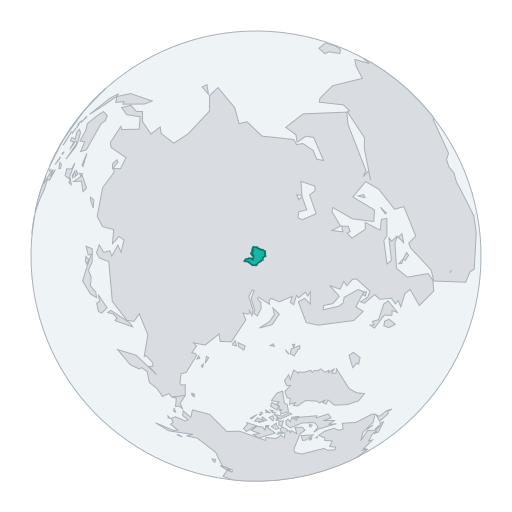 the Earth from above Tyumen', rotated 178°
{"feature_id": "RUS-2398", "entity_name": "Tyumen'", "entity_type": "Region", "adm_level": 1, "iso_a3": "RUS", "parent_name": "Russia", "parent_adm1": "", "projection": "orthographic", "projection_center": [69.281, 57.561], "detail": "fine", "context": "on_globe", "style": "filled", "palette": "teal", "viewbox_px": 512, "rotation_deg": 178, "n_neighbors": 0, "source": "natural_earth", "source_scale": "10m", "svg_char_len": 14538}
<svg xmlns="http://www.w3.org/2000/svg" viewBox="0 0 512 512"><g transform="rotate(178 256 256)"><circle cx="256" cy="256" r="225" fill="#eef3f6" stroke="#a8b0b8"/><path d="M276.0,31.6L277.6,31.8L287.9,33.2L296.6,37.0L292.3,42.9L287.5,40.8L287.0,42.8L292.9,45.8L296.9,47.3L303.2,61.2L321.0,76.0L331.8,78.7L325.4,79.9L349.2,84.3L362.2,92.8L344.4,84.5L340.1,84.7L347.3,90.9L344.5,92.6L346.4,96.6L342.4,98.2L332.3,93.6L329.6,94.7L334.9,99.1L334.2,103.7L326.8,97.0L324.9,104.5L307.7,99.2L291.3,81.6L278.5,81.5L253.2,71.4L252.3,74.3L242.2,72.9L237.4,75.9L234.1,73.5L233.2,78.0L237.1,79.6L238.0,82.2L235.6,84.3L230.9,81.5L231.4,80.0L228.8,80.3L227.5,78.1L226.8,80.3L221.4,77.0L223.0,83.4L215.6,83.2L213.1,80.2L218.2,76.6L224.9,61.7L223.9,58.2L217.3,56.5L194.7,61.3L191.5,59.3L183.7,59.5L183.2,62.2L189.1,63.1L186.2,68.5L193.8,69.3L193.7,71.8L199.6,74.6L193.5,78.5L184.3,81.0L179.1,79.0L175.0,80.1L175.6,85.8L161.9,86.2L145.7,93.9L142.7,93.7L144.5,86.1L155.3,76.1L157.7,67.7L150.8,77.7L143.4,77.8L140.0,79.9L137.3,82.8L138.0,84.6L134.4,85.8L139.8,75.9L143.2,74.7L141.4,77.7L146.4,73.2L150.1,67.2L146.1,68.1L155.8,59.2L153.1,59.9L153.7,58.6L157.4,58.0L150.9,59.0L161.7,51.6L158.0,53.2L165.8,49.6L167.3,48.9L176.0,45.4L179.8,44.0L195.3,39.1L211.1,35.2L227.2,32.6L243.4,31.1L259.7,30.8L276.0,31.6ZM299.2,47.8L293.3,45.7L289.0,42.6L294.2,44.1L299.2,47.8ZM306.9,54.8L303.4,54.1L304.3,51.3L306.0,52.6L306.9,54.8ZM340.1,80.5L335.9,77.6L340.9,79.9L340.1,80.5ZM347.4,96.9L349.5,97.3L349.6,99.3L347.4,96.9ZM202.6,72.3L201.1,73.4L200.8,72.3L202.6,72.3ZM206.5,72.6L207.2,70.5L209.1,70.3L208.7,71.6L206.5,72.6ZM343.6,103.6L343.1,106.9L341.8,102.7L343.6,103.6ZM205.2,75.2L212.5,70.3L216.0,70.1L217.1,74.9L205.2,75.2ZM341.6,108.3L340.6,116.6L345.1,118.0L331.6,119.1L337.0,111.4L334.8,106.0L338.5,108.8L341.6,108.3ZM239.4,79.3L235.1,77.6L241.0,77.2L239.4,79.3ZM243.0,78.4L259.7,74.0L264.9,77.8L258.2,78.3L266.8,81.9L261.0,85.8L255.1,84.8L252.9,81.5L252.4,85.5L243.0,78.4ZM324.4,118.5L322.6,120.0L322.5,117.6L324.4,118.5ZM238.9,83.2L241.8,81.9L246.5,85.0L241.5,88.2L241.6,86.2L238.9,83.2ZM271.8,81.0L274.4,84.1L270.5,88.0L271.0,89.8L261.4,86.3L271.8,81.0ZM239.2,86.5L238.8,89.9L234.4,90.3L236.3,84.8L239.2,86.5ZM249.8,84.5L251.8,86.1L249.0,86.2L249.8,84.5ZM218.4,94.3L221.8,92.3L224.5,93.7L218.4,94.3ZM238.9,91.1L240.5,90.9L241.9,91.3L240.7,93.6L238.9,91.1ZM259.3,89.4L257.1,90.5L263.0,91.0L260.3,94.2L254.4,91.4L255.8,93.9L255.0,94.9L251.1,91.5L259.3,89.4ZM243.9,97.2L235.5,95.0L228.5,98.1L225.9,96.9L237.5,92.2L243.9,97.2ZM248.5,94.1L245.0,95.7L243.5,93.3L244.9,90.7L248.5,94.1ZM260.6,97.5L266.3,93.3L267.4,94.1L260.6,97.5ZM242.2,98.5L244.3,99.0L241.9,99.0L242.2,98.5ZM255.3,98.3L257.1,96.6L258.4,97.6L255.3,98.3ZM246.9,101.5L244.2,100.8L245.0,98.9L246.9,101.5ZM251.0,100.4L252.2,102.1L247.0,98.7L251.6,99.5L251.0,100.4ZM256.1,99.4L257.4,99.4L255.2,100.0L256.1,99.4ZM245.2,109.1L238.4,105.3L240.3,101.2L246.7,105.4L245.2,109.1ZM77.9,393.9L73.7,388.2L74.1,386.1L71.2,379.0L60.0,352.0L62.2,345.9L60.1,338.4L55.2,332.0L53.1,322.8L50.5,317.9L36.9,288.6L35.1,271.1L38.4,235.2L42.6,232.8L47.4,222.5L79.2,224.8L81.4,235.8L101.3,258.8L102.9,263.6L95.6,270.3L106.5,300.2L115.9,297.9L130.8,318.3L143.8,326.5L157.2,311.6L135.9,297.8L137.1,286.4L158.2,289.7L177.5,301.8L178.6,297.8L170.5,283.0L179.2,278.8L168.2,277.2L169.5,283.0L162.7,282.3L161.1,277.1L164.2,275.7L159.5,270.4L145.8,278.9L145.7,285.7L131.0,277.5L129.4,288.2L123.9,289.0L124.5,271.4L127.7,267.3L125.4,243.4L120.8,246.9L122.6,269.9L120.1,265.9L113.9,271.4L116.7,264.1L116.0,238.7L105.5,229.6L84.7,232.4L80.1,225.8L79.6,214.7L94.5,200.8L103.1,217.3L108.5,213.2L113.1,200.1L115.3,206.4L118.3,203.3L122.1,209.0L133.8,208.4L138.7,213.3L149.3,205.0L153.2,206.6L145.8,210.9L143.3,216.9L156.2,229.4L160.4,229.4L166.3,223.1L169.1,227.6L173.1,219.9L183.4,223.9L174.2,212.9L180.8,205.8L190.3,204.1L190.8,199.9L175.3,202.8L170.7,205.9L169.3,211.6L155.1,218.9L149.4,216.5L158.0,201.8L150.8,196.9L160.6,188.1L196.4,184.7L208.2,187.8L215.2,208.6L208.9,212.0L203.4,206.0L203.0,218.4L205.7,214.1L208.0,218.0L214.9,212.7L216.9,215.3L220.1,206.0L223.3,208.6L221.2,214.4L234.2,209.4L242.5,213.2L244.5,210.8L244.2,207.3L254.9,214.8L255.9,212.8L252.8,209.5L252.7,203.5L256.8,195.9L260.2,198.9L259.2,202.0L262.3,213.4L259.2,221.6L261.0,222.2L264.6,215.7L260.8,201.8L262.2,196.4L265.0,202.6L264.1,199.9L265.9,198.2L270.9,199.4L268.4,192.5L283.6,171.1L294.8,171.8L295.6,179.4L309.9,168.8L321.5,171.3L318.6,168.1L323.5,161.5L319.9,160.6L318.9,158.6L329.8,142.1L335.1,140.9L336.5,131.1L335.1,129.6L331.2,129.8L331.6,119.1L345.1,118.0L347.8,121.5L354.4,118.9L359.6,127.2L366.9,133.2L368.8,144.4L374.4,148.5L376.4,147.0L385.5,151.8L397.6,167.3L379.2,161.0L359.4,140.8L366.8,149.4L362.5,149.5L363.6,153.9L369.0,160.1L371.2,159.5L366.8,181.1L374.7,202.3L380.3,194.9L387.3,196.3L401.2,215.8L403.3,255.6L412.5,259.4L415.3,264.8L412.3,272.7L408.1,265.0L402.0,266.3L400.1,260.9L393.7,271.7L390.7,264.5L387.3,276.7L392.3,280.3L399.0,273.2L397.3,287.3L408.3,290.7L413.3,301.1L406.9,329.6L395.0,344.5L395.0,348.2L388.4,348.1L382.4,358.8L397.0,369.5L397.6,374.4L386.5,390.3L385.8,387.1L368.3,386.8L367.0,399.2L380.4,401.8L385.0,409.1L375.6,411.0L370.6,404.7L364.4,404.3L364.7,394.2L356.8,381.6L347.2,388.3L346.6,381.9L334.3,371.6L319.7,380.3L297.5,402.4L296.7,418.1L288.1,425.6L272.1,405.0L268.3,388.8L260.4,390.5L245.7,375.6L214.2,371.1L211.6,365.9L205.3,366.8L195.3,359.6L192.0,350.6L185.1,349.1L194.2,372.4L201.8,374.0L210.9,368.3L211.8,375.7L221.7,383.6L203.9,396.4L160.3,396.6L159.3,383.8L143.0,337.2L145.3,333.6L145.3,333.1L145.4,332.1L140.5,337.3L138.8,327.8L144.0,359.5L143.5,370.6L159.7,397.0L157.4,397.9L163.5,404.0L187.3,407.5L186.7,411.2L173.5,423.5L143.5,429.8L149.4,442.2L150.4,449.0L135.9,444.4L141.6,449.5L134.7,445.8L135.9,446.6L122.8,437.7L110.5,428.0L98.8,417.4L88.0,406.0L77.9,393.9ZM63.0,232.5L60.9,235.1L63.0,232.5ZM194.7,323.8L208.5,329.0L208.0,314.9L213.3,315.8L211.2,310.8L207.9,313.8L203.6,300.4L211.7,298.7L212.9,292.7L208.3,290.7L194.4,296.1L200.3,315.2L194.7,319.1L194.7,323.8ZM143.1,78.4L142.6,79.2L139.4,82.0L139.9,80.4L143.1,78.4ZM130.9,96.8L125.4,98.3L129.7,96.0L129.4,93.8L138.1,86.6L141.7,93.3L138.5,91.4L130.9,96.8ZM150.8,79.4L144.8,82.9L151.2,78.8L150.8,79.4ZM130.6,181.6L129.8,186.2L125.3,188.2L119.2,182.9L125.7,179.8L130.6,181.6ZM129.9,192.4L140.1,179.8L144.3,182.9L140.2,183.2L142.0,186.6L135.8,188.0L129.9,203.7L125.5,206.6L116.6,194.6L121.9,196.8L122.3,192.0L129.9,192.4ZM158.7,145.5L163.2,141.0L166.5,153.4L162.0,156.3L155.5,150.9L157.2,144.4L158.7,145.5ZM205.8,85.0L207.3,83.2L208.6,83.8L208.4,86.0L205.8,85.0ZM219.7,93.3L200.6,94.2L201.4,92.1L189.3,95.7L186.6,91.5L194.5,89.1L183.4,88.9L189.4,85.1L181.6,85.6L199.5,80.9L204.5,77.8L200.0,82.8L202.4,86.7L204.9,87.5L215.8,87.5L227.7,83.1L231.9,86.6L231.8,90.3L229.6,91.8L227.5,89.0L226.0,93.2L221.3,90.3L219.7,93.3ZM227.5,136.1L226.0,131.3L222.3,140.8L217.6,137.3L217.4,138.6L212.1,138.1L205.3,139.9L203.9,137.7L201.9,139.4L198.3,139.2L195.0,140.9L191.4,137.5L187.1,139.3L187.8,136.8L181.4,140.8L184.5,136.4L180.2,136.0L179.5,140.5L167.6,120.2L160.2,115.8L152.4,114.7L158.7,107.6L170.1,104.3L183.0,104.2L189.1,109.7L190.9,105.7L194.4,107.3L191.5,109.8L198.0,106.9L200.1,108.9L211.5,109.8L219.5,104.8L223.9,105.2L221.8,108.2L227.6,106.5L226.7,112.5L229.8,113.0L231.9,119.5L226.1,125.3L230.0,125.4L231.8,130.7L227.5,136.1ZM245.6,111.0L239.7,118.3L234.2,120.1L232.8,108.0L230.1,106.7L229.0,99.4L236.9,97.1L236.5,99.3L238.0,101.0L234.9,101.1L238.4,102.3L238.0,105.5L240.6,107.4L238.0,109.2L245.6,111.0ZM107.9,263.5L109.7,266.3L113.3,269.5L109.4,273.2L107.9,263.5ZM107.0,246.2L109.1,247.8L105.4,254.2L103.5,251.5L107.0,246.2ZM113.5,243.3L109.5,247.3L110.5,243.5L113.5,243.3ZM148.1,212.1L150.8,213.6L149.8,215.4L146.9,216.6L148.1,212.1ZM215.4,165.0L215.4,161.6L217.0,161.3L221.4,154.8L225.2,157.1L224.1,161.9L215.4,165.0ZM151.8,312.5L146.2,313.6L145.0,310.7L147.2,310.9L151.8,312.5ZM125.3,293.5L129.9,300.4L124.2,294.5L125.3,293.5ZM220.3,166.3L221.7,163.3L222.7,166.4L220.3,166.3ZM228.2,158.4L230.0,161.4L226.2,156.6L228.2,158.4ZM185.9,461.4L178.9,466.6L168.9,462.9L164.4,459.7L165.1,455.4L175.8,457.5L180.3,455.8L185.9,461.4ZM425.4,397.4L429.6,393.5L429.3,394.1L425.4,397.4ZM421.1,400.1L426.2,395.5L419.9,401.9L421.1,400.1ZM428.1,393.7L433.3,387.7L435.6,384.7L435.0,386.0L428.1,393.7ZM417.5,403.3L396.5,418.7L387.7,423.0L390.1,419.9L404.3,411.1L417.5,403.3ZM389.4,420.3L375.6,422.7L354.3,414.5L362.0,411.8L383.8,412.4L382.5,414.8L390.8,414.4L389.4,420.3ZM421.5,388.1L420.0,394.1L408.7,402.6L403.4,405.6L399.8,401.5L401.9,396.5L406.3,393.6L421.8,368.1L427.6,366.5L423.2,376.1L427.8,377.0L421.5,388.1ZM297.9,419.4L303.9,426.9L299.0,429.0L297.9,419.4ZM426.7,353.0L421.4,364.5L425.8,351.4L426.7,353.0ZM428.4,342.0L429.5,344.9L426.4,344.1L428.4,342.0ZM396.2,353.1L391.5,357.0L390.7,354.6L396.2,348.2L396.2,353.1ZM417.0,309.7L419.4,317.4L419.4,320.6L416.1,317.8L417.0,309.7ZM255.0,183.9L244.6,190.2L239.7,196.7L240.9,203.4L234.7,197.0L242.3,186.8L255.0,183.9ZM279.7,172.2L278.6,166.8L282.0,167.6L282.7,168.9L279.7,172.2ZM276.9,170.1L270.1,166.5L271.4,162.4L276.5,166.0L276.9,170.1ZM244.9,166.0L241.6,167.6L240.8,165.1L244.9,166.0ZM400.4,428.9L401.8,427.6L422.2,408.0L437.9,387.7L445.1,378.1L453.1,363.8L459.3,352.9L456.2,359.3L447.3,374.9L437.2,389.8L426.0,403.8L413.7,416.9L400.4,428.9ZM435.8,387.0L442.2,377.1L445.1,373.2L435.8,387.0ZM472.7,317.7L472.1,319.3L469.0,329.3L463.1,343.1L465.1,337.8L464.9,336.3L457.4,348.7L456.0,349.0L459.0,342.7L453.5,349.4L459.7,338.9L461.7,339.8L465.0,330.3L469.7,321.1L473.4,312.3L475.4,306.9L474.6,310.4L474.8,309.7L472.7,317.7ZM458.7,349.3L459.7,347.6L458.6,350.5L458.7,349.3ZM476.8,300.8L476.1,304.1L478.6,290.3L479.0,288.0L478.8,289.3L476.8,300.8ZM479.0,287.9L478.5,290.2L479.2,286.1L479.3,285.9L479.0,287.9ZM446.2,364.0L445.8,365.7L444.0,366.9L446.2,364.0ZM448.6,360.2L453.6,354.5L448.0,362.0L448.6,360.2ZM430.8,375.4L432.6,376.9L438.4,368.9L434.0,376.4L437.4,377.5L435.9,380.8L432.6,379.3L430.6,386.3L428.0,388.8L427.1,385.3L429.9,376.5L432.5,371.3L442.6,359.4L430.8,375.4ZM448.7,356.3L447.3,354.3L448.3,350.3L449.9,350.4L448.7,356.3ZM442.1,349.7L437.3,349.4L433.7,355.3L440.3,339.9L444.0,342.9L442.1,349.7ZM436.9,342.5L433.6,348.1L436.6,340.0L436.9,342.5ZM432.3,347.4L431.1,344.1L434.2,341.6L432.3,347.4ZM438.8,340.7L438.2,333.7L440.4,335.8L438.8,340.7ZM427.9,336.9L435.7,336.8L426.8,342.4L423.0,330.0L426.6,326.3L427.9,336.9ZM426.0,261.5L423.2,258.2L425.5,253.8L426.7,257.3L426.0,261.5ZM430.2,237.1L425.1,251.5L420.7,263.4L423.6,262.9L425.5,271.7L419.3,268.8L420.0,255.5L424.0,247.7L421.5,240.8L422.5,232.0L417.4,225.4L416.8,220.0L422.6,223.7L430.2,237.1ZM415.0,222.9L406.6,209.4L412.2,204.3L415.4,206.1L416.9,214.3L413.8,216.5L415.0,222.9ZM406.2,204.7L403.2,206.8L384.3,193.5L381.8,189.5L399.1,196.3L397.1,198.8L400.8,203.1L406.2,204.7ZM324.8,121.2L322.8,120.1L325.2,119.8L324.8,121.2ZM316.8,158.3L315.8,155.6L318.6,155.1L316.8,158.3ZM314.6,147.9L312.1,150.3L313.3,146.5L314.6,147.9ZM306.8,155.9L310.5,150.6L309.0,157.5L306.8,155.9Z" fill="#d9dde1" stroke="#a8b0b8" stroke-width="1"/><path d="M255.8,264.8L255.7,264.7L255.2,264.4L255.2,264.6L255.3,264.7L255.3,264.9L255.3,265.0L255.2,265.0L255.1,264.8L255.0,264.7L254.8,264.7L254.6,264.5L254.5,264.4L254.2,264.5L254.2,264.4L254.1,264.2L253.9,264.1L253.9,263.9L253.7,263.8L253.5,263.7L253.6,263.3L253.4,263.3L253.1,263.4L252.9,263.4L252.8,263.2L252.3,263.2L251.9,263.1L251.6,262.5L251.6,262.4L251.6,262.2L251.3,262.3L251.3,262.2L251.2,262.2L250.9,262.1L250.6,262.2L250.5,261.9L250.4,261.8L250.2,262.0L249.8,262.2L249.7,262.2L249.5,261.9L249.2,261.7L249.1,261.8L249.0,262.0L248.9,262.0L248.8,261.9L248.5,261.7L248.4,261.5L248.3,261.4L248.2,261.1L248.1,260.9L247.4,260.7L247.2,260.8L247.1,260.7L246.9,260.6L247.0,260.5L247.1,260.4L246.9,260.2L246.6,259.9L246.7,259.7L246.8,259.5L246.8,259.4L246.7,259.2L246.8,259.1L246.7,258.9L246.8,258.8L247.1,258.8L247.2,258.6L247.3,258.5L247.3,258.2L247.1,258.3L247.0,258.1L246.9,258.0L246.9,257.9L246.8,257.7L246.9,257.0L246.9,256.9L246.7,256.7L246.6,256.8L246.6,256.7L246.7,256.3L246.6,256.1L246.8,256.0L246.8,255.9L247.0,255.7L246.9,255.5L246.7,255.4L247.9,254.7L248.0,254.9L248.4,254.7L248.6,254.4L248.7,254.5L248.8,254.5L248.8,254.4L249.1,254.2L249.3,254.1L249.6,254.0L249.5,253.8L249.2,252.9L249.2,251.9L249.2,251.7L249.5,251.7L249.8,251.7L250.1,251.8L250.8,251.5L250.9,251.4L250.9,250.7L251.0,250.5L251.3,250.4L251.5,250.6L251.9,250.2L252.5,249.9L252.7,249.7L252.9,249.5L253.2,249.5L253.8,249.4L254.0,249.3L254.1,249.2L254.5,248.2L255.1,247.9L256.0,247.3L256.0,247.2L255.6,246.8L255.6,246.7L256.1,246.5L256.4,246.5L256.5,246.5L256.6,246.8L257.7,246.8L257.8,246.8L257.9,247.0L258.2,247.1L259.0,246.9L259.3,247.1L259.6,246.8L259.7,246.7L259.8,246.7L259.9,247.0L260.0,247.1L260.3,247.3L260.5,247.4L261.0,247.7L261.2,248.0L261.4,248.0L261.6,248.2L261.7,248.3L262.2,248.9L262.3,249.0L262.4,249.3L262.5,249.6L262.8,249.8L263.2,249.5L263.3,249.5L263.5,249.7L263.4,249.9L263.4,250.0L263.5,250.1L263.7,250.3L263.7,250.5L264.5,250.8L264.8,250.6L265.0,250.8L265.3,250.7L265.6,250.8L265.8,251.0L266.0,251.0L267.1,250.9L267.3,250.9L267.5,251.1L268.0,251.2L268.0,251.3L267.9,251.5L267.6,251.8L267.5,252.0L267.4,252.1L267.0,252.5L266.7,252.8L266.2,253.4L263.9,253.5L263.7,253.6L263.6,253.8L263.5,254.0L262.8,254.1L262.6,254.0L262.0,254.0L261.9,254.0L261.8,253.8L261.6,253.7L260.8,253.8L260.6,253.9L260.4,253.8L260.1,253.9L260.0,253.7L260.1,252.9L260.2,252.7L259.9,252.5L259.7,252.2L259.4,252.1L258.5,254.3L258.4,254.4L258.4,254.5L258.4,254.8L258.4,255.1L258.5,255.2L258.6,255.4L258.7,255.9L258.8,255.9L259.0,255.9L259.0,256.1L258.4,256.6L258.6,257.0L258.9,257.1L258.8,257.3L259.1,257.4L259.2,257.2L259.2,256.9L259.6,256.8L259.9,256.8L259.9,257.0L260.0,257.1L259.9,257.2L259.9,257.3L260.1,257.4L260.5,257.9L260.9,258.2L261.0,258.3L261.1,258.7L261.1,258.8L260.9,259.2L260.6,259.2L260.6,259.4L260.3,259.4L260.1,259.4L259.8,259.3L259.9,259.5L259.9,259.8L259.8,260.0L259.7,260.1L259.4,260.1L259.2,260.3L259.3,260.3L259.5,260.4L259.6,260.5L259.4,260.8L259.2,261.0L259.3,261.1L259.4,261.3L259.4,261.5L259.5,261.5L259.5,262.0L259.4,262.4L259.3,262.5L258.7,262.5L258.9,262.7L259.1,262.7L259.3,262.7L259.2,262.8L258.9,262.9L258.9,263.0L258.8,263.4L259.0,263.5L259.3,263.7L259.2,264.0L258.8,264.1L258.7,264.3L258.7,264.5L258.7,264.9L258.5,265.1L258.3,265.3L258.2,265.4L258.1,265.5L257.7,265.3L257.4,265.2L257.2,265.0L257.2,264.9L256.9,264.7L256.4,264.7L256.1,264.6L255.9,264.8L255.8,264.8ZM259.3,262.1L259.4,261.9L259.2,262.0L259.3,262.1ZM259.2,262.3L259.3,262.3L259.2,262.3L259.2,262.3Z" fill="#14b8a6" stroke="#0f766e" stroke-width="1.5"/></g></svg>